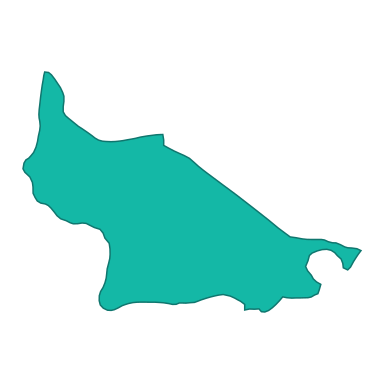 the district of Changamwe, Coast, Kenya
{"feature_id": "3690345B29698096186163", "entity_name": "Changamwe", "entity_type": "district", "adm_level": 2, "iso_a3": "KEN", "parent_name": "Kenya", "parent_adm1": "Coast", "projection": "natural_earth1", "projection_center": [39.602, -4.018], "detail": "fine", "context": "isolated", "style": "filled", "palette": "teal", "viewbox_px": 384, "rotation_deg": 0, "n_neighbors": 0, "source": "geoboundaries", "source_scale": "gbopen_adm2", "svg_char_len": 2585}
<svg xmlns="http://www.w3.org/2000/svg" viewBox="0 0 384 384"><path d="M361.0,250.6L356.9,248.7L351.7,248.0L347.8,247.8L344.7,246.9L340.5,244.7L336.0,242.9L332.5,242.8L328.2,241.7L324.5,240.0L321.5,239.5L316.3,239.5L311.9,239.5L307.0,239.4L302.3,238.9L295.9,237.7L290.1,236.9L278.3,228.1L268.5,220.0L252.6,207.5L240.2,197.9L236.6,195.1L221.5,183.9L206.5,172.7L203.0,170.0L198.5,166.4L194.2,162.5L189.4,158.3L184.1,155.5L178.7,153.1L173.9,150.9L168.2,147.9L163.7,145.4L163.7,140.0L162.8,134.5L159.5,134.6L156.2,134.8L151.6,135.4L146.9,136.0L140.4,137.1L135.6,138.3L132.0,139.0L127.9,139.7L123.1,140.6L119.4,141.1L115.5,141.5L111.0,141.7L106.2,141.5L102.5,141.2L98.5,140.1L94.9,138.0L91.9,135.6L87.6,132.5L82.5,129.0L78.3,126.3L74.4,123.1L71.7,120.9L68.6,118.4L65.4,115.6L63.2,111.8L63.2,106.7L63.9,101.4L63.9,96.2L62.7,92.5L60.4,87.6L57.3,83.0L54.7,79.1L51.4,74.8L48.6,72.5L44.7,72.0L43.8,75.5L43.2,79.7L42.2,85.3L41.4,91.0L40.6,97.1L39.9,103.6L39.2,109.5L38.9,114.4L39.1,117.9L39.8,121.5L40.2,126.0L39.7,130.4L38.4,136.1L37.5,141.6L36.0,147.2L33.6,152.5L31.0,155.7L28.6,158.3L25.9,159.9L24.0,163.1L23.0,168.8L24.9,172.3L29.9,177.0L32.4,182.4L33.0,186.9L33.1,193.3L35.1,197.5L37.3,201.0L40.8,203.1L45.4,204.0L48.3,205.5L51.0,208.1L54.3,212.1L57.0,215.7L60.7,218.8L66.2,220.7L70.3,222.8L73.3,223.8L77.7,223.7L82.1,223.0L86.2,223.4L89.3,225.0L94.3,227.5L100.0,229.3L103.1,233.1L104.9,238.1L109.2,243.3L110.0,248.9L110.1,254.3L109.8,258.4L108.8,262.7L107.2,268.8L106.7,273.7L106.2,278.1L105.0,282.7L103.1,287.4L100.6,291.5L99.3,295.7L99.2,300.7L100.3,305.0L103.3,308.2L107.5,310.2L111.2,310.4L114.3,309.7L118.2,307.9L122.3,305.6L125.4,304.5L128.6,303.5L132.8,302.6L137.1,302.2L140.7,302.1L144.8,302.1L149.4,302.2L155.0,302.2L159.8,302.5L163.7,302.8L168.9,303.6L172.5,304.4L176.1,304.3L179.3,303.0L182.4,303.0L185.9,303.1L190.2,302.7L194.5,302.4L197.8,301.2L201.1,299.9L206.3,298.2L210.8,296.9L214.9,295.9L218.6,295.1L223.2,294.5L230.3,296.1L234.7,298.1L237.7,299.8L240.6,301.3L244.7,304.4L244.7,310.0L249.6,309.0L254.4,309.2L259.0,308.9L261.4,311.7L264.8,312.0L268.6,310.5L272.4,307.7L275.9,304.5L279.5,300.7L282.7,296.9L286.8,297.7L291.8,298.1L296.5,297.9L300.3,297.9L303.7,297.8L308.0,297.7L311.2,297.0L314.6,295.0L317.9,293.7L319.2,290.0L320.8,284.4L316.5,281.9L313.3,278.9L311.3,275.2L307.6,270.8L305.6,266.5L308.0,260.7L309.4,255.5L312.2,253.0L317.3,250.9L322.1,249.6L326.8,249.3L331.1,250.3L334.7,252.6L337.4,255.7L341.1,259.0L342.8,263.4L343.3,267.8L347.7,269.9L350.5,267.1L353.5,261.6L356.1,257.5L358.3,254.2L361.0,250.6Z" fill="#14b8a6" stroke="#0f766e" stroke-width="1.5"/></svg>